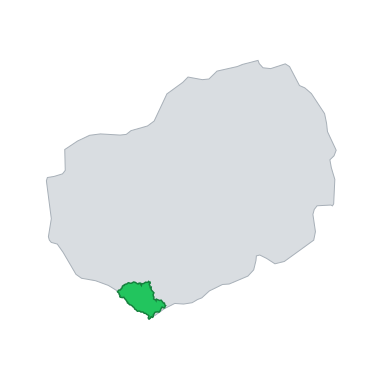 Kriva Palanka, Kriva Palanka, North Macedonia shown in context, rotated 169°
{"feature_id": "65306769B37694813292745", "entity_name": "Kriva Palanka", "entity_type": "district", "adm_level": 2, "iso_a3": "MKD", "parent_name": "North Macedonia", "parent_adm1": "Kriva Palanka", "projection": "equal_earth", "projection_center": [22.335, 42.244], "detail": "fine", "context": "in_parent", "style": "filled", "palette": "green", "viewbox_px": 384, "rotation_deg": 169, "n_neighbors": 0, "source": "geoboundaries", "source_scale": "gbopen_adm2", "svg_char_len": 3440}
<svg xmlns="http://www.w3.org/2000/svg" viewBox="0 0 384 384"><g transform="rotate(169 192 192)"><path d="M173.2,94.6L179.7,95.4L193.8,91.6L202.6,86.2L207.1,85.4L213.0,83.3L221.6,83.6L230.2,85.9L241.2,82.8L252.1,77.8L256.4,79.1L261.1,83.3L264.2,84.5L282.1,107.2L292.0,116.3L303.6,123.3L316.9,128.4L321.6,133.3L330.1,157.5L334.2,166.6L339.8,169.4L341.2,172.0L341.5,175.5L335.2,192.6L332.8,230.8L331.2,233.8L324.5,233.6L315.7,234.5L312.3,237.4L308.8,258.0L294.6,263.9L281.7,267.2L270.8,266.5L251.7,261.6L245.5,261.1L240.1,263.9L223.1,265.3L215.6,268.9L197.9,293.1L180.1,301.4L174.0,305.6L160.4,300.3L153.8,299.7L144.4,305.9L123.7,306.5L118.1,307.6L102.1,308.6L101.5,305.2L98.6,300.4L91.2,298.1L76.0,300.0L72.3,296.5L66.2,276.0L61.4,272.7L56.0,265.8L46.9,243.6L46.8,233.8L47.5,225.4L42.5,205.5L45.7,200.4L50.5,197.3L50.6,189.3L49.4,177.1L55.2,153.3L56.8,151.6L58.2,152.7L71.8,154.6L75.3,151.6L77.6,146.9L78.4,129.5L81.7,121.5L114.6,106.2L124.3,105.7L131.6,112.7L137.5,117.2L141.0,117.0L142.3,112.5L146.3,103.8L153.1,98.8L173.0,94.6L173.2,94.6Z" fill="#d9dde1" stroke="#a8b0b8" stroke-width="1"/><path d="M276.7,113.2L277.7,113.1L278.3,112.8L278.9,111.2L279.8,110.9L280.4,110.0L281.4,109.4L282.1,109.7L282.8,109.5L283.6,108.7L283.8,108.5L284.2,108.3L284.0,107.9L283.6,107.4L283.2,106.9L283.0,106.5L282.9,106.2L283.0,105.5L282.9,105.0L282.6,104.5L282.4,103.9L282.6,103.6L282.8,103.3L282.8,103.1L282.8,102.9L282.4,102.4L281.9,102.2L281.5,102.1L280.7,101.6L280.1,101.7L279.8,101.8L279.4,101.7L279.0,101.6L278.8,101.5L278.8,101.3L278.7,100.8L278.6,100.4L278.5,100.2L278.2,99.9L277.9,99.4L277.6,99.0L277.4,98.5L277.3,98.2L276.9,97.2L276.7,97.0L276.5,96.5L276.3,96.2L276.6,95.8L276.6,95.6L276.5,95.4L276.1,95.1L275.6,94.9L275.3,94.1L275.1,93.7L274.8,93.4L274.5,93.1L273.9,93.0L273.6,92.8L273.1,92.2L272.8,92.0L272.4,91.6L272.0,90.7L271.5,90.3L271.2,90.0L271.0,89.7L270.8,89.2L270.7,88.7L270.6,88.3L270.4,87.8L269.9,87.5L269.4,87.1L269.0,86.3L268.5,85.6L268.2,85.3L267.0,85.3L266.3,85.0L266.1,85.0L265.9,84.9L265.2,84.1L265.0,83.9L264.8,83.9L263.9,83.7L263.3,83.6L263.1,83.5L262.9,83.4L262.7,83.2L262.1,82.1L261.0,81.8L260.7,81.7L260.3,81.3L260.1,80.9L259.8,80.5L259.4,80.2L258.9,79.8L258.6,79.5L258.3,79.2L258.2,79.1L258.0,78.7L258.4,77.8L259.0,76.8L258.8,75.9L258.7,75.7L258.4,75.4L257.6,75.8L257.4,75.9L257.1,76.0L256.8,76.2L256.6,76.6L256.4,76.9L256.2,77.2L256.0,77.3L255.7,77.4L255.4,77.2L255.3,76.9L255.2,76.7L254.9,76.5L254.6,76.5L254.4,76.6L253.7,77.2L253.5,77.9L253.6,78.2L253.6,78.5L253.2,79.1L252.7,79.3L252.5,79.6L252.0,80.3L251.0,81.1L250.1,81.0L249.0,81.0L247.9,80.6L247.7,80.5L247.3,80.5L247.1,80.5L246.8,80.6L246.0,81.4L245.3,82.4L244.8,83.2L244.1,84.0L243.9,84.3L243.6,84.7L243.3,84.7L243.0,84.6L242.8,84.3L242.7,84.1L242.4,83.9L241.5,83.6L240.9,83.6L240.6,84.2L240.4,84.6L240.3,84.8L239.8,85.4L239.6,85.5L240.2,86.3L240.3,88.2L241.2,88.4L242.9,91.7L244.6,91.7L247.4,93.6L248.0,92.1L248.3,92.9L250.1,94.3L249.4,96.2L249.8,96.9L249.8,98.7L248.6,100.3L250.6,103.6L250.6,105.0L250.2,106.3L251.2,106.1L251.2,108.4L251.7,109.1L251.1,110.3L250.5,110.4L250.3,111.5L251.3,111.9L251.6,112.4L252.2,111.7L253.2,112.0L254.4,112.0L254.8,112.3L256.8,111.4L259.0,111.4L259.5,109.9L260.1,111.1L259.7,112.1L260.5,112.6L261.0,112.3L261.5,112.6L262.3,112.0L263.2,112.4L264.8,114.0L266.4,114.8L268.8,114.0L270.2,114.2L271.4,115.0L272.3,114.9L273.7,114.1L275.0,114.2L276.8,113.5L276.7,113.2Z" fill="#22c55e" stroke="#15803d" stroke-width="1.5"/></g></svg>